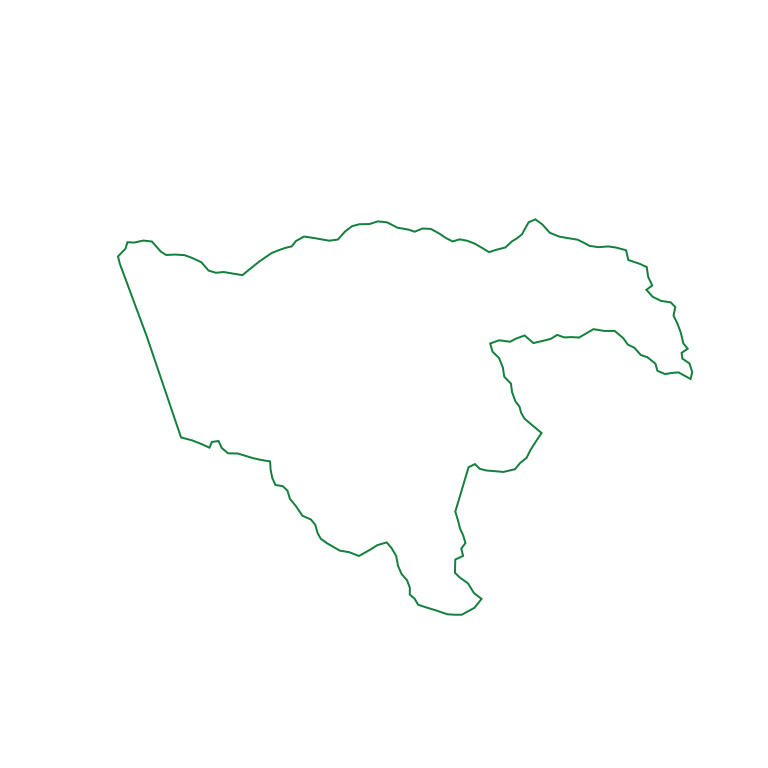 the district of Estrela do Norte, Goiás, Brazil, rotated 107°
{"feature_id": "56859067B35338978150564", "entity_name": "Estrela do Norte", "entity_type": "district", "adm_level": 2, "iso_a3": "BRA", "parent_name": "Brazil", "parent_adm1": "Goiás", "projection": "robinson", "projection_center": [-49.092, -13.811], "detail": "fine", "context": "isolated", "style": "outline", "palette": "green", "viewbox_px": 768, "rotation_deg": 107, "n_neighbors": 0, "source": "geoboundaries", "source_scale": "gbopen_adm2", "svg_char_len": 2539}
<svg xmlns="http://www.w3.org/2000/svg" viewBox="0 0 768 768"><g transform="rotate(107 384 384)"><path d="M561.0,227.9L557.6,236.9L550.1,245.4L546.9,254.9L543.8,260.9L537.6,262.7L531.0,264.5L525.3,258.1L518.8,262.0L512.3,259.6L505.5,264.1L500.0,269.0L493.2,273.1L485.2,278.5L438.9,278.8L434.0,273.6L437.1,267.7L436.8,260.9L435.0,252.7L433.2,244.1L427.2,233.8L419.5,230.6L413.1,226.1L404.1,224.6L393.1,221.5L384.8,219.0L379.7,231.1L376.1,239.4L371.5,244.4L365.9,247.9L362.4,253.1L354.3,259.2L346.5,262.7L341.9,271.1L333.6,275.1L325.5,281.6L321.3,289.7L314.2,294.3L308.5,286.6L306.7,275.7L301.8,270.8L296.5,263.7L301.2,253.1L295.7,243.7L292.2,237.8L286.4,232.7L286.8,225.4L284.3,218.3L282.5,211.0L275.6,204.6L270.3,199.7L268.9,189.1L265.8,178.9L270.1,168.8L275.0,162.4L276.2,155.0L281.2,146.9L281.4,139.9L285.2,130.4L291.4,126.4L292.3,118.1L289.2,111.8L286.8,105.7L289.6,92.3L282.5,92.7L275.0,97.9L272.5,106.1L267.2,108.5L261.5,103.9L257.7,109.6L248.1,115.2L240.6,120.9L234.0,127.1L225.3,127.9L222.1,133.6L223.5,143.3L222.1,152.5L217.2,160.6L211.3,156.3L204.2,162.8L195.4,166.9L194.3,174.7L194.0,186.6L185.3,191.6L185.7,202.4L186.9,209.8L190.5,219.1L191.8,227.9L190.5,234.2L189.4,240.9L191.8,259.4L190.9,269.7L185.1,279.2L182.3,287.3L186.9,292.9L193.0,294.3L200.5,295.8L205.6,299.3L210.3,303.4L217.8,307.7L223.5,316.9L227.2,322.1L225.3,329.5L223.2,338.3L222.7,346.4L223.5,353.8L227.6,360.1L226.3,367.5L224.1,374.6L222.0,384.5L224.1,392.8L229.4,399.2L229.2,405.9L230.6,416.8L228.5,428.4L230.3,437.5L235.3,444.7L238.3,454.0L242.4,460.7L249.5,465.8L259.3,470.3L263.0,478.4L263.9,485.7L264.8,493.2L266.4,503.6L273.1,510.1L279.4,512.5L282.7,518.2L286.8,523.8L291.7,529.8L303.1,538.9L314.2,546.5L321.3,551.2L323.8,570.1L326.8,577.3L326.8,584.9L320.9,594.4L319.5,604.7L319.1,612.5L321.3,621.7L324.3,630.0L322.5,636.4L315.6,647.6L317.2,656.1L321.9,664.5L323.4,670.8L330.2,670.8L339.8,675.7L346.5,671.6L407.8,624.8L494.4,562.5L494.0,550.9L494.7,542.0L495.9,532.3L489.7,531.6L486.9,525.6L492.5,520.6L495.9,512.8L493.2,503.6L493.2,493.9L493.2,487.5L492.5,478.8L491.3,470.3L499.1,467.4L506.8,463.2L512.3,458.2L511.3,451.0L514.2,445.2L521.3,440.4L526.7,432.3L533.9,423.4L534.9,414.4L538.7,408.6L546.1,403.8L550.5,399.2L553.0,391.7L556.3,377.4L555.0,368.3L555.8,357.7L546.5,348.8L540.0,343.2L534.7,335.1L538.5,329.1L544.7,322.2L554.0,317.3L560.7,311.5L565.0,304.5L571.5,299.6L577.8,297.8L580.4,291.9L585.1,286.9L585.3,278.9L585.3,270.1L585.7,256.3L583.9,248.6L581.9,242.2L571.5,232.0L561.0,227.9Z" fill="none" stroke="#15803d" stroke-width="2"/></g></svg>